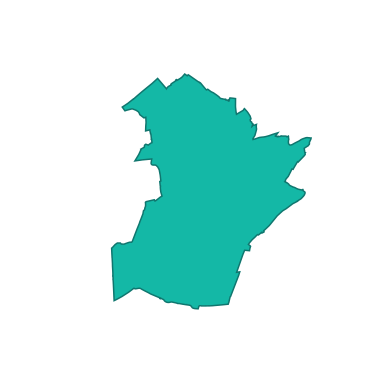 Nijmegen, Gelderland, Netherlands (Robinson projection), rotated 323°
{"feature_id": "6326949B60970179001979", "entity_name": "Nijmegen", "entity_type": "district", "adm_level": 2, "iso_a3": "NLD", "parent_name": "Netherlands", "parent_adm1": "Gelderland", "projection": "robinson", "projection_center": [5.848, 51.843], "detail": "fine", "context": "isolated", "style": "filled", "palette": "teal", "viewbox_px": 384, "rotation_deg": 323, "n_neighbors": 0, "source": "geoboundaries", "source_scale": "gbopen_adm2", "svg_char_len": 5761}
<svg xmlns="http://www.w3.org/2000/svg" viewBox="0 0 384 384"><g transform="rotate(323 192 192)"><path d="M76.4,214.1L76.3,214.4L75.1,216.3L69.1,225.1L65.1,230.9L64.4,231.9L67.0,232.4L69.6,232.8L73.1,233.3L75.7,233.5L81.1,233.9L85.3,233.9L87.6,233.9L87.8,234.0L87.9,234.5L88.2,234.9L88.7,235.4L91.5,236.8L92.0,237.1L92.4,237.5L92.8,238.0L93.4,239.5L95.0,243.0L96.7,246.4L96.8,246.7L97.6,248.5L101.7,255.6L103.0,257.6L102.3,257.8L102.6,258.3L103.1,258.2L104.2,260.1L104.6,261.1L104.5,262.2L104.7,263.3L105.1,264.2L105.7,265.1L106.5,265.9L107.4,266.5L108.6,267.0L109.7,267.7L111.3,269.6L112.2,270.6L113.2,271.9L113.6,272.6L114.6,273.3L116.8,275.7L119.4,278.4L119.5,278.4L120.0,278.7L119.9,278.9L121.3,280.3L122.0,281.1L122.3,281.5L122.5,282.0L122.6,282.6L122.6,283.2L122.6,284.5L122.8,285.1L123.0,285.5L123.7,286.4L124.5,287.2L126.6,289.0L128.6,287.5L129.5,287.3L130.8,288.3L130.9,288.6L133.0,290.2L136.6,292.8L137.7,293.6L139.9,295.1L148.1,300.2L153.4,303.4L154.9,302.3L155.0,302.3L159.3,298.7L159.5,298.7L159.8,298.7L160.0,298.6L179.2,286.6L182.1,284.5L179.3,283.0L195.1,272.5L197.8,270.9L198.1,270.7L199.0,270.2L202.6,273.5L204.3,271.9L205.4,271.1L206.1,270.6L206.1,270.3L205.5,267.8L207.2,267.2L210.0,266.6L211.3,266.3L215.4,265.9L217.8,265.5L218.7,265.6L218.7,265.8L219.2,266.3L223.5,266.2L223.3,266.9L225.0,267.2L225.6,267.2L226.1,266.0L227.4,266.0L233.5,265.3L245.7,262.3L252.9,261.6L254.3,261.7L257.2,262.0L265.4,262.0L270.1,262.8L270.0,262.6L270.3,262.6L274.8,263.0L275.8,262.9L278.6,262.4L279.5,262.1L280.1,261.9L281.4,261.1L281.7,260.8L282.0,260.4L282.1,260.1L282.1,259.7L282.0,259.4L281.7,258.5L281.6,258.2L281.7,257.5L282.1,256.8L281.7,256.5L281.2,256.8L278.7,253.9L278.4,253.5L277.7,252.3L276.7,250.2L275.8,248.9L275.7,248.9L275.6,248.6L274.2,245.9L273.9,245.0L274.0,243.9L273.5,242.0L273.1,241.4L272.9,241.1L272.9,240.6L272.4,239.7L272.5,239.7L273.2,239.5L273.4,239.1L273.5,238.9L274.9,238.2L278.4,237.4L285.7,233.8L286.4,234.7L286.5,234.6L294.5,231.3L294.8,232.0L295.6,231.8L296.0,231.8L303.5,230.6L304.5,230.3L304.9,230.2L305.2,229.8L305.7,228.9L306.3,228.8L306.0,228.1L306.7,226.7L306.8,226.7L307.9,224.6L312.1,224.9L312.2,225.0L313.1,224.8L314.4,224.5L314.8,224.2L315.5,223.2L315.8,222.9L318.8,221.3L319.1,221.1L319.4,220.7L319.6,220.5L318.9,220.0L318.5,219.5L317.9,219.0L317.0,218.1L316.5,217.7L315.8,217.3L314.7,216.9L312.9,216.3L310.9,215.8L308.4,215.7L305.7,215.2L304.1,214.9L300.5,214.4L299.8,214.2L298.5,213.5L298.3,212.9L298.2,212.1L298.2,211.7L298.3,211.3L299.1,210.0L300.1,208.9L301.0,208.2L301.7,206.8L302.4,205.8L302.6,205.4L301.6,205.2L301.0,204.9L301.1,204.7L300.8,204.1L300.2,203.5L298.4,202.2L298.1,202.0L297.6,201.4L297.1,201.0L297.0,200.9L296.9,201.0L296.0,200.7L293.9,199.6L294.2,199.2L293.8,199.0L293.4,198.8L292.9,198.6L292.2,197.6L292.5,197.4L292.7,197.1L293.6,197.2L293.9,197.1L296.2,196.4L291.3,194.6L287.4,193.4L285.9,192.8L284.4,192.2L282.9,191.5L279.2,189.3L278.4,188.9L274.6,187.7L272.3,186.8L272.6,186.2L273.0,186.2L273.6,185.7L273.8,185.6L275.3,185.1L276.4,184.6L277.0,184.1L277.7,183.6L280.8,181.2L281.5,180.5L282.5,178.7L283.4,177.6L283.4,177.4L283.5,177.2L283.8,177.0L284.1,176.8L283.6,176.6L282.3,176.3L281.6,175.9L281.1,175.6L280.7,175.4L280.4,175.5L279.7,175.8L279.4,175.8L280.8,174.7L281.4,174.4L281.6,174.4L281.3,173.1L281.4,172.8L281.7,172.1L281.6,171.7L281.3,171.0L281.3,170.6L282.0,169.2L283.1,169.1L284.1,166.4L284.3,163.7L284.4,162.7L284.4,160.9L284.1,157.3L284.0,156.9L282.0,157.6L274.3,156.7L275.5,154.3L277.9,150.3L278.7,149.2L283.0,143.6L281.3,141.9L278.9,139.7L278.1,140.1L277.2,141.0L276.2,141.6L275.9,141.3L276.5,140.8L276.7,140.4L275.8,140.1L275.4,139.9L274.9,139.3L274.5,139.1L274.8,138.3L274.7,138.1L274.2,137.7L273.9,137.7L271.7,135.1L271.2,134.6L270.9,133.6L270.8,132.1L270.0,129.3L268.8,125.7L267.6,123.4L266.4,119.4L265.0,119.2L264.9,119.0L264.8,118.0L264.5,112.0L264.4,111.7L264.5,111.6L264.4,110.0L264.1,109.1L263.9,109.2L263.8,108.6L263.2,107.3L261.3,101.4L259.9,97.1L259.5,96.1L258.1,96.3L257.2,93.4L253.4,94.2L252.6,94.2L252.1,94.2L252.1,94.3L250.7,94.2L247.1,93.8L247.3,93.1L247.0,93.0L247.1,92.8L246.9,92.7L245.3,93.4L240.7,93.1L239.9,93.3L239.6,94.0L236.6,93.5L235.3,93.7L233.9,94.1L234.0,93.9L233.7,93.9L232.9,80.6L225.5,81.3L212.6,81.8L205.9,82.2L201.0,82.6L201.0,82.4L194.2,82.6L187.4,82.2L187.3,86.8L189.1,87.4L193.9,89.4L194.6,90.0L196.3,92.7L196.5,93.1L197.0,94.4L197.3,95.2L197.4,95.6L197.4,96.3L197.4,96.8L196.9,98.7L196.9,99.1L197.0,99.5L197.4,100.8L198.2,103.9L198.3,104.0L199.6,104.3L200.1,104.5L197.1,108.9L194.7,111.6L191.7,115.3L195.7,117.0L195.1,118.0L194.8,118.8L194.2,120.0L194.3,120.0L193.8,121.4L191.8,124.7L191.2,125.4L191.5,125.6L189.7,128.5L189.4,128.4L188.5,128.2L185.3,128.2L183.9,126.1L183.7,126.0L183.2,126.0L182.3,126.1L182.0,126.3L181.5,126.9L181.0,127.3L180.8,127.5L176.9,127.0L176.9,127.4L172.1,130.0L165.1,132.8L171.8,136.5L179.7,141.4L176.7,144.3L176.4,144.9L176.3,145.5L176.4,146.1L176.8,146.7L177.1,147.0L178.8,148.3L179.3,149.0L179.4,149.4L179.7,151.4L179.2,154.5L176.7,159.5L173.7,164.5L172.6,164.2L170.5,167.7L170.6,167.9L170.0,168.8L169.8,168.8L168.6,170.6L167.1,173.2L165.6,177.2L163.5,177.0L158.5,177.1L157.2,177.0L157.0,176.9L157.1,176.0L157.2,175.5L149.6,172.1L149.4,172.1L148.6,172.2L148.5,172.5L148.1,173.0L147.6,173.8L146.4,175.3L146.2,175.5L145.3,176.0L144.5,176.6L144.4,176.7L144.3,177.0L143.8,177.3L143.1,177.7L142.1,177.7L141.8,177.9L139.7,179.9L134.9,182.9L132.1,184.6L131.2,185.3L126.0,188.4L114.5,195.6L113.4,195.7L112.4,194.8L111.3,194.3L108.0,193.2L106.4,192.8L104.2,191.0L104.1,189.6L101.7,187.8L99.1,187.7L95.3,188.4L94.0,188.5L88.7,196.3L88.5,196.7L85.6,201.0L83.8,203.5L80.8,208.0L79.4,210.0L78.7,210.8L78.8,210.8L77.1,213.3L76.9,213.7L76.5,214.1L76.4,214.1Z" fill="#14b8a6" stroke="#0f766e" stroke-width="1.5"/></g></svg>